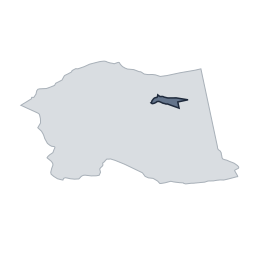 location of Buikwe within Uganda, rotated 258°
{"feature_id": "UGA-5597", "entity_name": "Buikwe", "entity_type": "District", "adm_level": 1, "iso_a3": "UGA", "parent_name": "Uganda", "parent_adm1": "", "projection": "equal_earth", "projection_center": [33.033, 0.062], "detail": "fine", "context": "in_parent", "style": "filled", "palette": "slate", "viewbox_px": 256, "rotation_deg": 258, "n_neighbors": 0, "source": "natural_earth", "source_scale": "10m", "svg_char_len": 2596}
<svg xmlns="http://www.w3.org/2000/svg" viewBox="0 0 256 256"><g transform="rotate(258 128 128)"><path d="M170.7,211.6L167.8,211.6L163.2,211.6L158.5,211.6L153.9,211.6L149.2,211.6L144.6,211.6L140.0,211.6L135.3,211.6L130.7,211.6L126.0,211.6L121.4,211.6L116.7,211.6L112.1,211.6L107.4,211.6L102.8,211.6L98.2,211.6L93.5,211.6L90.8,211.6L90.2,211.5L89.8,211.4L88.1,211.8L86.3,213.4L84.3,214.0L82.3,213.8L82.0,213.9L81.0,213.9L79.5,213.8L78.1,214.2L77.1,215.6L76.0,217.9L74.1,220.5L72.6,222.9L71.4,224.6L68.5,227.3L66.9,228.1L66.1,228.0L65.6,227.5L64.7,224.0L64.1,223.4L58.5,225.2L57.6,225.2L57.7,224.1L57.3,215.8L57.2,210.8L58.0,207.6L58.4,203.9L58.5,200.7L59.5,195.2L59.1,191.9L60.4,180.4L60.8,178.5L61.3,172.9L62.1,171.2L62.9,170.5L63.8,167.1L65.7,161.6L67.0,158.8L66.7,152.7L66.9,148.5L67.2,147.5L69.9,146.0L73.5,142.1L75.0,137.6L77.1,134.7L81.2,132.8L93.3,117.1L99.0,108.7L101.4,104.4L101.5,102.9L102.0,100.8L101.0,99.2L99.8,97.8L99.4,96.5L98.4,95.8L97.0,95.8L96.0,94.9L94.9,93.0L93.8,91.8L90.4,91.9L87.8,90.0L87.8,87.3L88.8,82.1L90.8,76.2L91.0,74.5L90.7,73.1L90.2,71.9L89.3,70.7L88.4,69.3L89.1,65.0L90.4,60.9L91.4,58.8L92.4,56.4L92.1,54.5L90.6,53.5L91.4,51.7L93.0,48.5L96.1,45.3L98.8,43.2L100.7,43.2L104.2,44.9L107.4,46.9L109.2,47.0L111.3,46.1L115.7,42.6L116.8,43.7L118.1,45.9L119.5,49.4L122.2,51.1L123.6,52.2L124.5,52.5L125.0,52.2L126.1,49.4L127.4,47.9L129.7,46.0L134.9,44.4L138.6,44.0L140.2,43.6L142.9,42.7L147.0,39.8L151.1,43.5L155.5,44.3L159.8,44.2L161.2,43.1L161.9,42.2L166.4,36.1L172.5,27.9L176.6,39.5L178.0,40.2L177.8,41.2L177.5,42.2L180.2,45.0L183.4,46.5L184.6,47.9L184.7,49.5L183.6,56.3L183.8,58.2L184.9,65.0L186.8,66.6L188.6,73.4L192.1,76.4L192.6,77.2L193.4,80.5L194.5,84.2L195.3,85.0L195.8,85.2L196.9,89.1L196.3,91.3L197.1,97.9L198.4,103.8L198.7,110.8L198.8,113.9L198.7,115.8L198.4,118.5L197.8,120.1L196.7,121.6L195.4,124.0L194.4,126.5L193.7,127.8L194.2,131.6L194.1,132.6L193.8,133.1L192.2,133.6L190.2,134.7L188.9,135.7L187.2,137.6L185.8,139.7L183.9,145.8L180.8,150.6L180.3,152.2L177.4,155.1L176.1,158.6L175.3,162.9L174.2,166.0L171.7,170.3L171.2,177.0L171.2,190.4L170.6,205.7L170.7,211.6Z" fill="#d9dde1" stroke="#a8b0b8" stroke-width="1"/><path d="M147.9,155.7L148.2,156.3L149.7,157.2L151.2,159.0L151.8,160.0L152.0,161.3L151.9,162.6L152.7,163.4L154.2,164.0L153.0,165.0L152.1,165.9L151.9,167.1L151.6,168.6L150.6,170.0L149.1,173.2L147.4,181.5L143.1,192.6L143.1,182.1L136.8,182.1L141.1,175.1L143.4,171.4L143.5,170.2L144.2,169.1L145.0,167.3L146.5,165.4L147.6,163.7L147.8,161.8L147.1,160.4L146.7,158.4L146.8,156.7L147.9,155.7Z" fill="#64748b" stroke="#1e293b" stroke-width="1.5"/></g></svg>